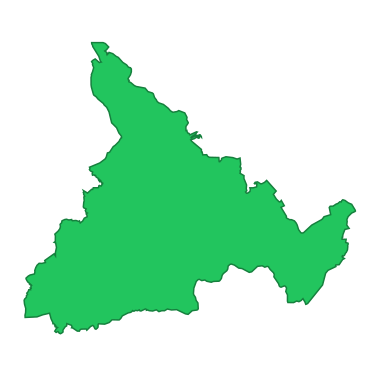 outline of Poiana Blenchii, Salaj, Romania, rotated 182°
{"feature_id": "2599482B10534367656456", "entity_name": "Poiana Blenchii", "entity_type": "district", "adm_level": 2, "iso_a3": "ROU", "parent_name": "Romania", "parent_adm1": "Salaj", "projection": "mercator", "projection_center": [23.787, 47.298], "detail": "fine", "context": "isolated", "style": "filled", "palette": "green", "viewbox_px": 384, "rotation_deg": 182, "n_neighbors": 0, "source": "geoboundaries", "source_scale": "gbopen_adm2", "svg_char_len": 5963}
<svg xmlns="http://www.w3.org/2000/svg" viewBox="0 0 384 384"><g transform="rotate(182 192 192)"><path d="M296.2,333.8L289.9,324.4L288.1,319.6L287.2,318.7L289.1,318.1L293.4,321.6L296.0,319.9L296.9,318.8L295.7,317.0L295.9,315.8L294.6,312.9L295.6,308.7L296.7,305.8L296.5,304.7L296.9,303.0L296.6,295.5L296.2,293.3L293.9,286.1L293.4,285.3L291.1,283.8L289.1,281.5L283.6,277.3L282.9,276.0L280.2,273.7L277.7,269.1L274.7,258.3L269.6,253.6L267.1,248.4L264.5,245.4L264.4,244.6L264.7,244.2L264.3,243.7L265.7,242.2L266.7,240.0L270.4,236.0L272.3,234.6L275.8,228.8L277.9,228.1L279.0,223.7L280.0,222.0L285.2,217.8L295.3,213.2L294.9,212.5L294.9,211.5L295.3,211.0L295.1,210.5L294.2,209.5L292.0,208.5L292.4,206.7L292.0,205.3L290.6,205.7L289.8,205.0L289.0,205.2L288.3,203.6L286.4,202.5L285.7,200.6L284.4,198.9L284.0,199.0L283.9,199.5L284.5,199.7L286.0,202.2L284.9,200.9L283.9,200.5L282.3,197.9L282.3,197.1L281.4,198.3L281.7,196.9L283.1,194.7L284.9,195.3L285.4,194.8L285.5,193.5L285.9,193.0L290.8,192.8L291.4,191.1L292.4,191.2L296.4,187.3L300.5,189.6L300.1,188.8L300.2,188.0L300.6,187.8L300.2,186.9L300.2,185.9L299.1,184.0L299.9,183.3L299.4,179.1L299.8,178.3L300.1,173.3L299.6,172.4L297.2,171.4L298.0,169.8L297.1,167.8L295.9,167.3L297.0,166.4L296.2,165.3L295.9,163.6L298.7,162.1L300.3,159.1L302.6,157.2L303.5,159.2L304.3,158.7L307.0,159.5L310.4,159.1L310.9,159.3L311.3,160.3L314.1,159.7L316.4,160.4L318.1,160.1L320.9,158.7L321.3,156.6L322.7,155.1L322.3,152.7L322.8,150.7L324.4,148.3L327.6,145.1L327.0,143.3L326.9,137.8L328.0,136.9L326.5,136.4L325.5,131.8L326.4,126.7L326.2,123.3L327.7,125.4L336.8,118.4L336.0,116.4L339.5,115.4L342.3,115.4L344.3,113.4L345.5,111.0L346.4,108.1L346.2,106.7L346.6,104.6L350.9,103.4L352.8,102.2L354.9,100.1L354.7,99.1L353.1,96.5L349.9,93.9L350.5,93.7L349.1,92.9L349.7,92.2L349.4,90.3L350.3,90.4L349.9,88.7L351.7,88.6L352.3,86.7L353.6,85.1L352.8,84.0L353.9,82.5L353.8,81.0L355.5,79.2L356.0,77.9L355.5,74.2L354.1,69.8L354.1,65.8L354.6,63.0L354.4,60.8L342.5,61.8L336.8,64.1L330.1,65.9L328.4,60.3L326.5,56.7L326.4,55.5L325.2,55.4L323.7,53.8L323.4,53.2L324.3,53.2L323.9,52.4L321.7,51.9L322.9,50.7L324.3,48.1L322.9,46.9L321.1,47.9L319.7,46.2L318.4,45.8L316.3,47.2L316.0,47.8L316.2,49.0L315.8,50.1L314.0,52.9L312.6,53.8L312.5,56.1L307.9,54.6L307.1,52.9L307.6,52.1L306.4,51.9L301.8,49.0L299.7,49.0L298.9,50.6L297.8,51.1L293.0,51.4L292.3,50.2L288.6,54.1L286.5,55.2L285.6,54.5L284.2,51.9L283.2,51.5L281.8,52.7L281.2,53.7L281.2,56.3L280.8,57.0L274.6,56.9L270.1,58.7L267.4,61.5L260.3,61.6L258.8,63.1L257.3,65.8L251.7,68.9L249.0,69.6L247.7,70.6L247.3,71.4L245.9,70.8L244.4,71.7L242.1,71.5L240.6,72.4L239.9,71.4L238.8,71.3L234.5,73.5L233.3,73.0L233.4,72.2L232.1,72.5L230.7,71.9L227.1,71.7L223.5,73.0L220.9,71.3L218.1,72.3L215.3,72.4L212.5,74.2L208.4,73.4L203.2,73.9L194.3,70.0L191.6,69.6L187.6,73.4L183.0,74.2L182.2,74.6L181.7,75.5L182.2,81.3L184.1,83.8L184.9,86.9L186.7,89.4L187.0,90.6L186.8,96.0L184.6,102.8L182.9,104.6L181.7,105.0L179.2,103.8L176.1,104.5L174.1,103.3L169.6,102.5L167.3,103.4L161.9,103.8L161.0,104.5L159.6,106.6L159.0,109.7L157.9,111.5L154.5,114.5L153.6,116.2L153.3,119.3L151.6,120.9L150.3,121.4L147.0,120.4L142.7,117.6L139.2,117.2L132.0,113.7L129.6,114.3L123.9,120.0L119.2,120.7L116.6,119.4L114.4,120.3L113.1,120.1L111.2,117.3L107.7,114.1L106.9,112.3L107.2,110.1L102.3,103.4L101.5,101.1L100.5,100.2L99.6,100.0L96.4,101.4L95.4,101.0L94.3,99.7L94.2,98.9L94.8,95.8L93.0,92.5L92.8,86.2L92.3,84.9L86.6,85.0L83.6,86.7L81.3,86.1L79.1,87.4L77.4,89.3L75.2,85.8L74.4,83.7L74.0,83.8L72.5,84.6L58.3,103.6L55.6,115.5L53.3,118.5L45.6,122.5L45.9,123.1L45.7,124.1L42.4,124.5L39.1,129.8L37.4,130.8L39.4,132.0L39.7,133.0L39.3,133.6L38.6,133.2L37.4,134.1L36.5,136.2L35.7,137.1L34.6,139.6L34.4,142.9L34.6,143.9L34.1,145.5L34.3,146.3L36.7,146.9L36.3,150.1L40.4,150.0L40.4,151.0L40.3,152.1L39.9,152.1L39.7,154.6L37.9,159.9L33.7,161.1L36.2,164.4L35.9,168.1L36.3,169.7L35.1,172.9L31.7,176.5L28.4,178.2L28.0,178.7L28.4,179.8L32.0,185.3L35.4,186.6L38.8,188.9L41.0,189.5L42.0,188.6L42.5,187.3L43.9,187.4L46.0,185.5L47.5,185.0L50.5,182.8L53.4,182.6L54.3,181.3L52.6,174.2L59.2,171.9L60.8,169.5L62.0,168.6L71.2,163.1L79.1,155.2L80.6,154.8L81.8,155.1L84.2,158.2L85.7,162.6L86.8,164.6L88.6,166.7L91.5,167.8L93.6,167.8L96.6,169.3L96.9,169.9L96.8,171.1L102.5,179.8L99.3,181.5L102.5,186.7L103.1,185.7L103.9,185.1L104.8,185.4L107.5,187.9L110.6,192.5L107.9,195.9L117.8,206.2L119.9,204.1L122.5,202.7L123.7,202.6L126.9,204.4L129.2,203.9L130.0,202.7L129.6,202.3L127.9,202.7L127.4,202.4L127.6,199.4L131.1,198.3L134.3,198.2L133.8,196.7L134.1,194.5L136.4,192.8L137.5,192.7L138.5,193.9L137.3,195.2L137.9,197.2L137.7,200.9L140.6,207.4L140.6,210.2L144.7,212.4L144.3,213.8L144.7,214.9L143.9,216.3L143.9,217.8L144.3,218.5L144.9,218.7L144.3,221.3L145.2,227.6L148.1,226.5L152.4,227.8L159.3,228.4L163.3,226.8L163.6,226.4L163.5,225.4L165.3,223.2L165.9,223.3L166.4,227.4L175.9,227.3L177.6,228.2L178.6,229.8L182.5,229.5L183.3,232.4L183.9,232.4L184.1,234.9L194.1,242.7L195.1,244.1L191.3,245.5L189.5,247.0L189.8,247.7L189.4,248.1L188.1,247.4L188.6,246.5L187.1,246.0L186.5,246.4L186.8,248.0L185.6,248.2L184.5,247.1L184.6,247.7L185.7,249.3L186.4,249.5L187.7,248.8L190.0,248.6L195.2,245.7L194.1,247.4L190.1,250.0L189.8,251.2L188.9,252.1L189.6,252.3L196.1,249.1L197.0,250.4L198.0,250.6L199.1,252.2L199.3,253.4L200.2,253.2L200.4,257.2L198.3,260.6L198.2,261.3L199.9,264.1L199.6,266.5L202.0,270.8L208.1,272.9L209.7,271.9L213.9,271.0L216.4,272.4L218.7,274.9L223.6,278.5L228.2,279.9L230.0,281.2L230.8,282.8L232.7,285.1L234.1,288.8L235.1,289.6L239.5,290.8L242.5,294.2L251.4,295.5L253.4,296.4L257.1,299.3L259.0,300.0L258.7,301.5L259.5,301.8L259.9,303.1L257.6,307.0L256.8,310.0L256.9,312.8L257.8,314.0L259.9,314.5L261.8,316.8L265.7,319.1L270.3,323.9L272.7,325.0L276.0,327.5L279.8,328.6L280.4,327.4L280.9,327.4L281.7,326.2L282.0,326.9L281.9,328.4L284.1,329.9L282.5,331.0L280.3,334.0L283.7,337.3L286.1,338.2L297.5,337.8L297.4,336.6L296.6,335.3L296.2,333.8Z" fill="#22c55e" stroke="#15803d" stroke-width="1.5"/></g></svg>